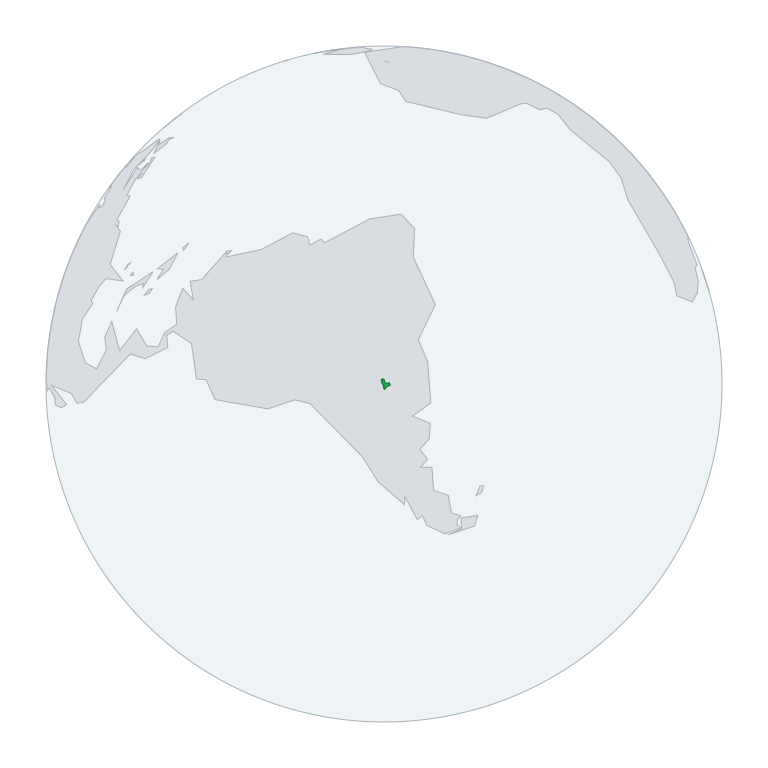 Ñeembucú on an orthographic globe, rotated 316°
{"feature_id": "PRY-610", "entity_name": "Ñeembucú", "entity_type": "Department", "adm_level": 1, "iso_a3": "PRY", "parent_name": "Paraguay", "parent_adm1": "", "projection": "orthographic", "projection_center": [-58.039, -26.618], "detail": "fine", "context": "on_globe", "style": "filled", "palette": "green", "viewbox_px": 768, "rotation_deg": 316, "n_neighbors": 0, "source": "natural_earth", "source_scale": "10m", "svg_char_len": 4896}
<svg xmlns="http://www.w3.org/2000/svg" viewBox="0 0 768 768"><g transform="rotate(316 384 384)"><circle cx="384" cy="384" r="338" fill="#eef3f6" stroke="#a8b0b8"/><path d="M280.2,62.4L280.6,62.4L304.7,57.2L301.5,59.2L305.1,60.5L311.8,58.0L311.5,56.2L324.9,52.8L322.8,52.1L327.9,51.0L329.8,50.5L340.3,48.9L341.4,48.8L351.3,47.8L350.0,48.6L354.3,48.6L364.9,47.0L371.7,48.8L392.1,51.4L392.5,52.6L376.5,55.0L352.6,56.0L331.7,62.8L357.0,57.1L357.8,61.8L362.9,62.4L369.7,61.9L374.0,59.9L376.8,61.7L352.8,67.0L349.9,65.4L357.6,63.4L346.3,64.4L330.1,69.7L331.8,72.6L305.6,80.4L306.5,82.9L301.3,86.5L301.7,81.8L300.5,91.0L270.0,107.8L267.8,128.6L257.1,115.0L245.6,116.2L231.1,120.7L230.4,123.9L212.3,127.6L193.8,141.1L183.9,161.2L187.7,173.4L208.1,166.6L215.7,156.2L231.6,149.9L217.1,176.3L244.3,172.5L239.8,192.0L247.4,200.3L261.7,194.7L276.4,196.9L287.8,183.7L305.8,175.3L305.2,191.1L315.9,175.5L325.4,182.2L361.8,179.4L358.8,183.1L389.2,202.0L423.4,211.9L431.4,225.0L427.2,232.7L439.3,235.9L439.5,241.2L488.6,255.4L514.4,273.8L513.9,293.5L493.2,313.1L476.1,362.6L439.3,376.0L431.2,397.8L404.6,430.1L382.1,426.9L389.9,444.4L378.5,454.9L364.3,455.8L363.1,468.5L352.6,469.2L360.5,477.3L345.9,495.0L352.8,508.9L342.8,523.9L347.8,532.1L343.1,532.2L338.8,535.9L339.3,540.8L323.9,534.3L316.6,515.6L320.1,505.4L313.8,504.6L320.8,479.5L314.9,485.0L311.8,450.2L317.9,421.6L317.2,346.8L309.1,333.6L283.1,321.1L251.6,277.9L259.0,257.5L252.6,250.1L273.7,221.0L268.9,199.6L261.6,198.0L253.8,207.6L229.7,199.8L222.3,186.2L155.3,188.4L150.0,184.7L152.5,173.6L143.9,154.2L141.3,178.2L135.3,177.0L133.1,170.5L137.6,165.4L140.6,154.4L137.1,155.0L146.0,144.1L165.4,126.3L186.3,110.0L208.3,95.4L231.4,82.5L255.4,71.5L280.2,62.4ZM264.7,136.9L295.9,142.8L276.8,147.3L280.7,144.5L273.0,141.1L258.4,139.8L242.0,146.1L264.7,136.9ZM281.7,121.4L276.2,121.6L281.8,120.5L281.7,121.4ZM325.0,51.3L324.8,51.3L325.0,51.3ZM350.5,549.1L325.6,537.1L339.2,542.1L346.3,533.8L360.2,543.7L350.5,549.1ZM372.5,528.2L382.1,524.0L385.1,526.4L379.1,529.9L372.5,528.2ZM639.8,163.2L645.1,169.6L653.0,179.5L667.4,199.9L680.2,221.3L691.4,243.6L700.9,266.6L708.7,290.3L714.7,314.5L718.9,339.1L721.3,363.9L721.9,388.8L720.6,413.7L717.5,438.5L712.6,462.9L705.9,486.9L705.4,488.4L701.6,493.3L691.8,515.9L688.4,516.6L681.5,528.4L673.1,535.9L662.7,539.2L655.9,524.1L663.4,512.0L672.1,482.7L687.6,420.3L697.7,400.5L700.5,380.9L694.6,330.3L696.5,310.8L692.9,298.8L686.7,295.2L681.6,281.2L677.0,277.5L642.4,264.1L626.7,244.1L595.9,195.7L598.5,183.0L590.0,165.5L600.4,132.0L612.7,140.6L632.2,154.7L639.8,163.2ZM601.0,125.0L600.2,124.3L608.4,135.5L601.5,132.3L588.5,123.5L569.4,104.7L587.0,114.2L580.5,109.1L563.2,97.6L567.4,100.2L601.0,125.0ZM608.6,151.9L611.1,156.4L611.2,156.5L608.6,151.9ZM362.9,179.2L367.2,182.1L361.3,182.4L362.9,179.2ZM273.4,153.6L280.4,152.7L283.8,154.3L278.3,155.9L273.4,153.6ZM333.5,146.3L341.8,146.9L332.9,148.7L333.5,146.3ZM301.0,143.7L326.9,146.4L309.6,152.3L293.3,151.1L304.9,148.3L301.0,143.7ZM277.0,129.3L281.2,129.5L279.5,132.0L277.0,129.3ZM285.8,120.7L284.1,121.2L282.3,119.7L285.8,120.7ZM359.2,61.4L361.2,61.1L367.9,61.0L364.2,61.9L359.2,61.4ZM400.6,57.7L404.1,60.8L399.1,58.8L394.6,60.1L378.5,58.4L391.9,53.2L388.7,55.5L400.6,57.7ZM360.8,55.9L369.5,56.7L359.4,56.1L360.8,55.9ZM541.0,84.8L539.4,84.0L535.5,82.0L541.0,84.8ZM556.2,93.3L555.2,92.7L555.3,92.7L556.2,93.3ZM358.2,47.1L361.5,46.9L354.7,47.4L358.2,47.1ZM424.8,48.6L426.6,49.1L411.9,47.5L402.5,46.6L424.8,48.6ZM681.9,543.6L683.5,540.3L691.1,524.9L692.1,522.7L681.9,543.6Z" fill="#d9dde1" stroke="#a8b0b8" stroke-width="1"/><path d="M383.6,381.5L383.6,381.4L383.7,381.2L383.8,381.1L384.1,381.0L384.3,380.9L384.9,380.4L385.0,380.3L385.0,380.2L384.7,380.2L384.9,379.9L385.0,379.9L384.9,379.7L385.0,379.6L385.3,379.5L385.4,379.4L385.4,379.2L385.5,379.2L385.6,379.3L385.7,379.2L385.8,379.2L385.8,379.3L386.0,379.5L386.4,379.8L386.5,379.8L386.6,380.0L386.8,380.3L387.0,381.3L386.2,382.1L386.0,382.5L385.9,382.7L385.8,382.8L386.1,385.0L386.6,385.8L387.2,386.5L387.3,386.5L388.2,386.7L388.4,386.7L388.4,386.8L388.4,387.1L387.9,388.4L387.8,388.8L387.7,388.7L387.4,388.6L386.9,388.7L386.7,388.7L385.8,388.2L385.7,388.2L385.2,388.1L384.7,388.0L384.7,387.9L384.2,387.8L383.9,387.8L383.6,387.8L383.0,387.8L381.5,387.9L381.1,388.1L381.1,387.8L381.1,387.7L380.9,387.5L380.8,387.4L380.8,387.2L381.0,387.0L381.2,386.9L381.3,386.9L381.3,386.7L381.5,386.6L381.6,386.4L381.7,386.2L381.8,386.1L381.7,386.0L381.7,385.9L381.8,385.8L382.0,385.8L382.1,385.7L382.4,385.6L382.5,385.6L382.5,385.4L382.4,385.3L382.4,385.1L382.5,385.1L382.8,385.1L382.7,385.0L382.7,384.9L382.8,384.9L382.9,384.4L383.0,384.2L383.3,384.2L383.2,384.1L383.3,383.9L383.3,383.7L383.2,383.7L383.1,383.4L383.1,383.2L383.1,382.9L383.1,382.7L383.3,382.4L383.3,382.2L383.4,381.9L383.6,381.8L383.6,381.7L383.4,381.5L383.4,381.4L383.5,381.4L383.5,381.5L383.6,381.5Z" fill="#22c55e" stroke="#15803d" stroke-width="1.5"/></g></svg>